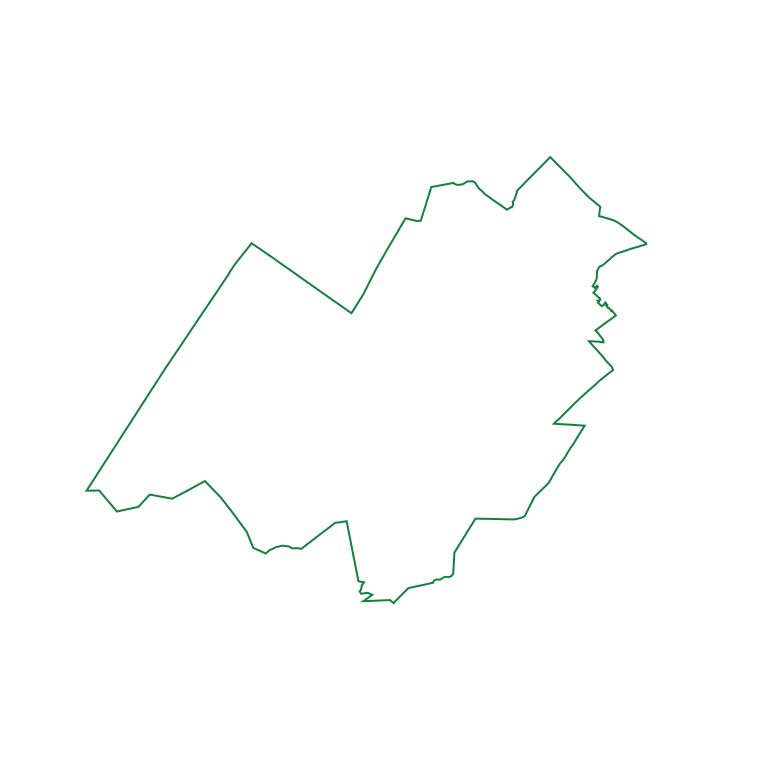 Ocoyoacac, México, Mexico (Robinson projection), rotated 134°
{"feature_id": "50627088B98406065457208", "entity_name": "Ocoyoacac", "entity_type": "district", "adm_level": 2, "iso_a3": "MEX", "parent_name": "Mexico", "parent_adm1": "México", "projection": "robinson", "projection_center": [-99.425, 19.258], "detail": "fine", "context": "isolated", "style": "outline", "palette": "green", "viewbox_px": 768, "rotation_deg": 134, "n_neighbors": 0, "source": "geoboundaries", "source_scale": "gbopen_adm2", "svg_char_len": 5182}
<svg xmlns="http://www.w3.org/2000/svg" viewBox="0 0 768 768"><g transform="rotate(134 384 384)"><path d="M249.9,483.6L257.7,481.7L266.8,479.5L275.1,477.5L283.9,475.4L286.5,474.8L292.3,473.3L298.0,471.9L306.6,469.6L309.6,468.7L314.8,467.1L320.3,465.4L329.2,462.6L334.1,461.1L340.8,459.7L348.3,458.1L355.7,456.6L357.7,469.5L359.5,480.6L361.6,494.3L363.2,504.5L365.3,518.1L367.0,529.3L368.6,539.2L370.6,552.5L373.0,566.8L374.8,577.0L383.7,576.1L388.0,575.7L394.3,575.1L401.2,574.4L402.2,574.2L403.5,574.1L405.1,573.7L406.9,573.4L409.4,573.0L412.9,572.1L415.1,571.6L418.1,571.1L426.5,569.6L432.4,568.5L438.3,567.5L444.4,566.4L450.0,565.4L456.2,564.3L462.1,563.3L468.1,562.2L470.7,561.7L473.7,561.2L482.6,559.6L488.4,558.6L494.3,557.5L500.2,556.5L506.1,555.4L512.1,554.4L517.9,553.3L524.6,552.2L532.7,550.5L541.5,548.8L550.2,547.1L559.1,545.3L567.9,543.6L576.4,541.9L585.2,540.1L594.0,538.4L603.2,536.6L611.3,534.9L620.4,533.2L629.2,531.4L637.9,529.7L647.3,527.8L655.8,526.1L664.6,524.4L667.4,523.9L658.5,514.9L660.6,494.0L661.3,487.6L643.0,475.3L633.7,475.5L626.3,475.7L614.7,458.3L613.6,456.7L598.4,451.7L578.2,445.4L579.0,422.6L581.3,406.3L585.8,379.7L592.7,364.2L588.0,351.2L582.5,350.9L580.6,349.8L579.5,349.5L578.4,349.1L576.8,348.5L576.0,348.2L574.6,347.1L574.0,346.7L572.8,346.2L571.0,344.9L569.6,343.1L568.4,341.5L567.4,340.2L566.5,338.4L566.0,335.9L565.4,335.2L562.3,332.3L560.1,329.0L535.7,325.4L517.9,322.7L508.7,315.5L543.6,265.4L540.6,260.6L543.9,260.2L544.5,259.9L545.4,259.3L547.2,258.1L548.6,257.5L550.0,257.5L550.7,254.6L545.6,250.8L543.8,246.0L554.6,248.0L535.3,229.6L535.0,225.0L527.6,224.9L526.4,224.9L520.8,224.8L513.9,224.7L508.8,221.3L503.5,217.7L498.2,214.2L492.8,210.6L492.5,210.9L491.8,211.3L490.7,211.4L489.0,210.9L488.0,210.3L485.9,207.8L485.1,207.5L482.2,206.9L480.3,206.0L477.4,203.0L476.5,202.5L474.9,202.2L472.4,202.4L464.4,209.3L461.7,211.6L456.4,216.2L447.4,218.2L438.3,220.1L429.3,222.1L423.3,223.4L417.3,224.7L410.6,217.5L404.0,210.4L397.4,203.2L390.7,196.0L386.0,193.0L383.7,191.7L381.1,191.0L372.3,193.8L366.4,195.6L360.6,197.4L350.8,197.1L341.0,196.8L340.9,196.8L331.2,199.3L324.7,200.9L320.7,201.9L317.7,202.3L315.0,202.3L313.3,202.6L311.6,202.9L310.3,203.1L308.7,203.6L301.1,205.3L295.0,206.2L289.4,207.5L283.0,208.9L274.6,210.7L280.2,217.4L284.5,222.5L289.2,227.9L294.5,234.2L291.7,234.2L286.6,233.8L277.9,233.7L258.9,233.2L248.2,232.4L237.4,231.5L237.3,231.4L235.1,231.5L234.9,231.5L234.0,231.4L233.7,231.4L232.5,231.3L231.2,231.2L229.7,230.9L228.1,230.8L227.9,230.7L227.6,230.7L225.9,230.5L225.3,230.5L222.2,230.0L221.7,230.0L220.0,229.7L219.9,229.7L219.3,229.6L217.9,229.4L216.7,229.2L215.8,229.1L214.8,228.9L214.5,229.6L214.3,230.1L213.2,232.8L213.2,233.1L213.4,233.7L213.2,238.0L213.1,239.3L213.1,239.7L212.8,242.7L212.6,243.7L212.5,243.8L212.1,248.3L210.9,266.3L208.7,264.0L206.2,260.9L205.4,260.1L204.5,259.1L203.3,257.4L202.8,256.6L202.3,255.9L201.5,255.0L200.7,256.0L200.2,256.8L199.9,257.7L199.7,258.6L199.5,259.6L199.3,261.6L199.1,262.7L199.0,263.8L198.7,265.2L198.5,266.5L198.5,267.6L198.5,269.1L188.9,267.5L182.8,266.4L176.7,265.3L173.7,264.8L172.8,271.2L173.6,271.3L173.0,275.1L173.7,275.5L173.2,278.6L172.0,278.4L171.7,281.5L173.2,281.2L173.9,280.8L175.0,281.0L175.4,281.0L176.7,281.6L176.9,286.6L175.7,286.6L175.6,288.1L174.5,287.0L173.0,287.1L172.9,288.2L172.5,288.2L172.6,289.8L172.8,294.7L172.8,295.4L172.9,296.1L173.0,296.6L165.5,297.7L165.4,299.2L168.4,299.1L168.4,300.5L168.8,301.8L165.3,302.6L163.9,303.0L162.7,303.3L161.7,303.6L160.4,304.3L159.6,304.9L158.8,305.6L158.1,306.3L157.5,306.9L156.5,307.6L155.6,308.4L154.8,309.1L153.8,309.5L151.2,310.3L150.0,310.4L149.1,310.2L147.9,309.7L146.9,309.3L145.9,309.1L144.9,309.0L143.1,308.9L136.6,308.2L135.1,308.3L133.4,308.0L131.9,307.9L130.4,307.7L129.0,307.4L128.1,307.0L121.7,303.6L119.9,302.6L118.7,302.1L116.3,300.9L112.0,298.5L108.9,296.6L101.3,292.5L100.6,293.2L101.0,295.9L102.3,303.7L103.1,308.1L103.4,312.5L103.4,312.9L103.8,315.7L104.3,321.5L104.7,323.6L105.0,325.9L105.9,330.0L107.1,333.3L110.1,339.1L110.9,340.4L112.0,342.8L113.8,345.9L109.9,349.0L107.1,351.0L106.3,351.5L107.4,366.2L107.1,378.8L106.4,387.6L105.9,393.2L105.3,422.0L112.2,422.1L122.4,422.2L128.5,422.3L138.5,422.4L147.5,422.5L153.1,422.5L153.6,421.7L154.5,421.2L157.8,419.7L159.4,418.9L159.8,418.7L160.9,418.2L162.7,418.0L163.5,418.1L164.1,417.2L164.7,416.2L165.7,415.5L167.7,415.0L168.0,414.9L168.1,415.2L169.8,415.7L171.1,416.1L172.7,416.6L173.4,416.9L173.3,417.2L173.3,417.5L173.3,418.1L173.7,420.2L174.0,421.9L174.5,425.2L174.8,426.9L175.3,429.9L175.5,431.1L175.6,431.6L175.5,431.8L175.7,432.0L175.8,432.7L176.2,435.0L176.2,435.4L176.7,439.1L177.1,442.3L177.3,443.1L177.3,443.6L177.2,445.3L177.2,445.6L177.2,446.9L177.2,448.7L177.3,450.0L177.4,451.3L177.2,452.2L177.0,453.3L176.6,455.5L176.1,457.3L175.9,458.3L176.0,458.8L176.3,460.3L176.6,461.2L177.8,462.1L178.9,463.1L179.4,464.0L180.0,464.4L180.4,464.6L181.0,464.9L182.5,465.3L184.3,465.7L184.9,465.9L185.8,466.3L187.1,467.2L189.1,468.8L189.9,469.8L190.6,471.1L190.9,471.9L191.2,473.0L191.1,473.7L209.5,486.8L225.7,478.6L234.8,474.1L240.9,471.0L243.6,473.0L246.7,478.3L249.9,483.6Z" fill="none" stroke="#15803d" stroke-width="2"/></g></svg>